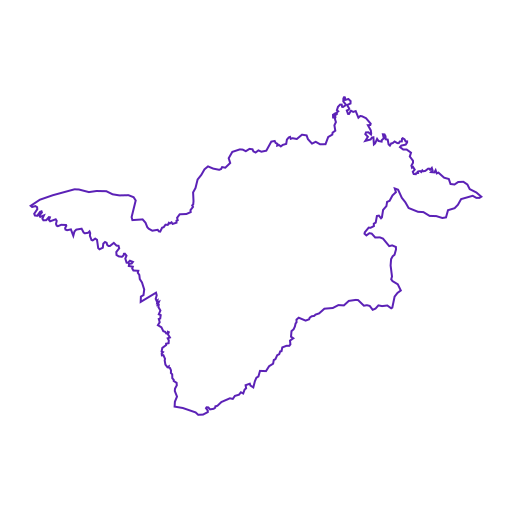 Cértegui, Chocó, Colombia
{"feature_id": "7082276B47980594061529", "entity_name": "Cértegui", "entity_type": "district", "adm_level": 2, "iso_a3": "COL", "parent_name": "Colombia", "parent_adm1": "Chocó", "projection": "natural_earth1", "projection_center": [-76.545, 5.385], "detail": "fine", "context": "isolated", "style": "outline", "palette": "violet", "viewbox_px": 512, "rotation_deg": 0, "n_neighbors": 0, "source": "geoboundaries", "source_scale": "gbopen_adm2", "svg_char_len": 6067}
<svg xmlns="http://www.w3.org/2000/svg" viewBox="0 0 512 512"><path d="M174.6,406.6L182.8,408.0L195.6,412.4L198.2,414.8L203.0,414.6L207.8,412.1L207.8,410.6L206.0,408.2L206.6,407.3L208.3,407.4L210.1,409.4L213.6,408.8L215.2,407.7L215.4,406.3L217.4,405.8L221.4,402.0L229.9,398.3L232.8,398.9L234.9,395.9L239.0,394.7L240.9,392.3L243.2,393.5L244.6,389.6L246.1,388.3L245.6,385.2L249.8,383.7L250.4,385.5L253.3,387.4L254.9,381.2L256.4,377.7L258.4,376.5L260.0,370.9L266.0,371.1L269.1,366.2L273.1,363.7L273.8,360.0L275.4,359.2L277.2,355.2L279.2,354.2L280.2,351.4L281.5,351.2L282.3,347.4L286.5,345.8L289.3,345.8L290.4,344.4L290.0,340.6L293.3,338.3L291.0,336.7L291.5,331.1L293.6,329.3L294.9,326.5L295.6,323.4L296.5,322.4L296.5,319.6L298.7,317.7L305.6,320.6L309.1,319.3L309.7,317.7L311.6,316.3L314.2,315.9L315.5,314.6L319.1,313.4L324.4,308.7L332.8,308.0L338.4,305.1L343.9,305.4L348.8,300.9L355.8,299.9L358.1,300.1L363.9,305.7L366.9,305.2L369.7,305.9L372.7,309.8L375.5,308.6L378.4,305.4L382.1,306.1L387.3,305.5L391.2,308.3L392.3,307.6L394.6,296.6L397.5,292.9L400.8,290.5L397.8,284.3L392.5,281.1L391.2,279.3L392.0,276.5L390.6,265.5L391.1,259.1L392.7,256.2L394.5,254.8L396.0,249.4L395.9,247.0L392.2,245.4L389.2,246.1L383.0,238.6L379.9,237.4L375.2,237.5L371.7,233.6L369.4,233.2L366.4,235.4L364.5,233.7L364.8,232.3L368.7,227.6L370.5,227.8L373.9,226.1L373.8,223.7L375.7,222.6L376.9,216.0L378.9,215.6L381.0,218.3L381.9,217.4L383.1,209.9L386.4,206.1L387.1,201.9L389.6,200.8L392.5,195.4L395.9,192.2L394.8,188.5L398.1,189.7L401.8,197.8L405.3,202.2L408.6,208.0L418.0,211.8L423.4,212.1L429.6,215.9L436.3,216.1L442.4,218.0L446.0,217.4L448.0,210.2L454.6,208.2L457.9,204.8L461.1,199.1L472.7,195.8L476.4,197.9L479.4,197.9L481.3,196.7L476.4,192.5L469.7,189.1L467.4,184.5L463.4,181.8L458.2,182.0L454.5,184.5L450.5,184.0L448.8,179.0L444.1,177.7L438.4,172.6L436.7,173.4L435.6,170.2L434.4,172.4L431.1,172.1L432.6,170.4L431.8,167.9L430.1,169.8L429.2,168.7L428.1,168.7L425.3,170.9L423.1,171.3L422.3,170.4L421.2,172.0L420.2,171.1L418.3,171.4L417.7,171.7L418.0,173.0L416.2,173.2L415.8,174.2L413.7,174.0L412.8,171.8L414.7,169.6L413.0,166.9L412.0,167.7L411.4,165.6L413.0,162.8L413.0,160.8L409.8,156.5L411.0,152.7L406.6,149.5L403.2,149.5L400.0,147.1L401.3,145.6L405.7,144.6L407.1,142.5L407.1,141.4L405.6,141.4L404.5,139.3L402.7,138.2L402.0,138.8L401.8,141.4L399.8,141.5L398.8,143.1L397.3,143.1L394.6,141.5L392.6,143.2L391.2,143.4L389.9,145.6L388.6,144.4L387.7,139.6L385.7,139.3L385.5,136.2L384.5,134.4L382.9,134.3L383.8,138.3L381.8,140.1L381.6,141.6L378.5,141.0L377.1,138.9L375.1,143.4L373.9,144.4L373.4,137.3L371.9,137.6L370.6,139.5L365.3,140.9L367.9,136.8L365.3,134.1L366.0,132.4L368.4,132.3L371.0,134.5L371.2,133.6L370.8,130.4L367.9,125.2L370.3,125.0L370.7,123.7L366.0,118.2L362.1,116.3L360.3,116.0L358.4,117.7L355.7,111.1L353.2,111.9L350.9,110.7L349.0,114.0L348.0,113.9L346.8,110.5L348.8,109.6L349.2,108.5L347.4,105.6L347.6,104.8L350.5,103.5L350.6,101.1L348.4,99.0L345.3,99.9L344.9,97.4L344.1,97.2L343.4,98.4L343.3,101.4L345.7,104.4L345.2,105.5L343.0,107.0L342.1,106.8L341.7,104.6L340.1,104.6L338.0,106.8L336.9,110.2L338.2,111.3L336.3,112.9L337.3,114.6L335.8,113.7L335.1,116.2L334.4,113.9L333.0,114.8L333.1,117.5L335.3,117.6L334.9,118.8L335.9,122.1L334.4,125.3L335.3,130.7L332.6,132.6L332.3,134.6L328.2,137.0L325.5,144.2L320.1,144.3L315.7,141.8L312.0,143.6L307.9,139.1L306.6,135.4L302.0,134.7L296.8,139.0L292.6,138.2L290.7,138.8L290.1,136.9L288.8,137.4L286.9,139.6L286.2,143.9L282.8,144.9L280.8,146.4L279.0,145.0L277.2,145.6L277.4,143.8L275.6,142.9L274.7,141.0L271.3,141.6L266.3,150.7L261.4,151.7L258.4,150.4L255.6,152.5L253.4,151.4L252.5,149.3L249.5,148.9L245.8,151.2L242.7,149.6L239.8,149.4L232.3,151.9L228.7,158.2L230.2,163.0L225.3,167.7L222.1,167.1L221.1,169.0L219.2,169.8L213.2,168.6L208.0,166.4L204.5,169.3L201.3,174.9L197.6,179.5L195.5,188.0L193.1,192.4L193.5,201.2L193.2,204.4L192.2,205.4L193.0,206.9L190.5,210.1L190.7,212.1L186.4,214.0L179.7,214.3L177.1,217.8L177.7,220.2L176.5,220.7L176.5,222.7L172.6,223.9L171.5,222.3L169.8,223.5L168.9,222.8L167.8,224.9L165.5,224.7L163.7,227.2L162.1,227.7L160.2,231.6L158.9,231.4L157.7,229.8L152.3,230.7L148.7,228.7L147.3,227.2L145.5,222.7L142.6,219.4L132.4,220.1L131.6,217.1L135.7,200.5L133.6,197.2L128.5,195.2L119.4,195.4L112.6,194.3L106.3,191.2L96.5,191.0L88.9,192.1L78.9,189.5L74.5,189.3L52.9,195.2L39.9,199.7L30.7,205.8L32.1,207.0L35.4,206.1L37.1,207.2L37.3,209.2L34.2,213.8L34.9,215.5L37.2,215.8L40.1,211.8L41.5,211.3L41.9,212.4L39.3,215.7L40.2,216.9L43.9,215.4L42.4,218.7L43.4,220.3L46.2,220.2L48.9,217.1L49.9,217.3L49.0,220.0L50.1,221.3L55.7,219.3L56.7,220.9L56.0,223.9L56.7,225.7L57.8,226.2L61.3,224.8L66.0,225.0L66.3,225.8L65.1,228.1L65.5,229.6L67.1,230.2L70.9,229.4L73.3,235.8L74.5,231.4L76.3,229.6L81.6,228.7L83.6,232.5L84.8,233.3L88.1,232.8L89.5,231.4L90.2,233.1L89.9,235.8L91.5,240.0L92.7,240.4L95.2,238.6L97.0,239.8L98.2,248.1L99.5,249.3L102.8,247.7L103.3,243.6L105.0,242.0L106.6,242.8L107.2,244.9L108.5,246.0L109.9,246.0L113.8,242.9L116.5,245.6L118.5,245.8L119.2,248.3L116.3,252.0L116.5,255.0L118.8,256.4L121.9,256.8L123.5,255.5L123.9,253.8L124.9,253.7L126.5,255.7L125.3,258.6L126.6,262.7L127.9,262.8L129.9,260.7L132.9,261.9L131.7,263.5L129.1,263.9L128.8,266.0L132.8,266.7L132.2,268.5L133.4,270.5L138.3,270.8L137.8,272.8L139.3,274.9L139.8,279.1L142.0,282.5L144.2,289.5L143.5,295.1L140.9,296.6L140.7,301.9L156.0,292.7L156.7,295.3L155.7,298.9L156.6,300.9L157.5,300.3L157.1,302.9L158.9,301.9L157.6,305.2L158.7,305.1L158.4,307.1L160.4,310.5L158.8,314.3L160.7,315.1L160.2,318.5L158.8,319.0L159.7,322.2L157.9,325.2L161.4,327.3L163.3,331.2L165.1,331.8L166.3,333.5L167.7,333.3L167.9,331.8L168.8,332.2L167.9,334.2L169.9,337.5L167.7,338.3L168.8,340.4L168.6,343.2L166.1,343.7L166.1,345.1L162.3,347.9L161.6,351.5L163.0,352.1L161.7,353.6L161.9,355.4L163.4,355.2L165.0,358.8L164.7,360.5L165.4,364.6L167.4,367.2L168.6,366.5L168.4,367.4L170.0,368.0L171.0,370.4L170.9,373.0L172.2,374.3L172.3,378.2L173.7,379.8L173.7,381.0L176.6,382.8L176.8,385.3L175.0,388.6L174.8,391.0L177.0,396.6L174.9,401.7L174.6,406.6Z" fill="none" stroke="#5b21b6" stroke-width="2"/></svg>